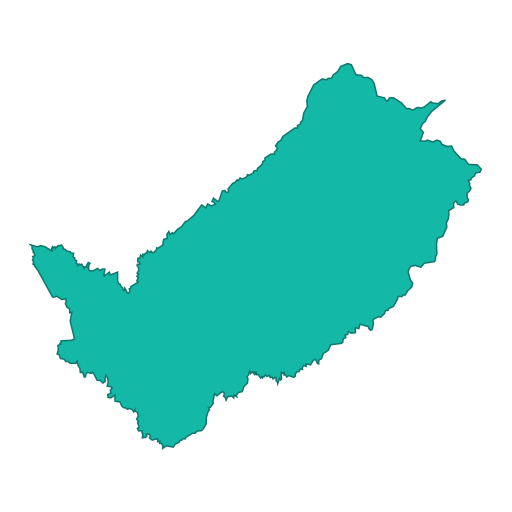 Aracataca, Magdalena, Colombia
{"feature_id": "7082276B34642639591656", "entity_name": "Aracataca", "entity_type": "district", "adm_level": 2, "iso_a3": "COL", "parent_name": "Colombia", "parent_adm1": "Magdalena", "projection": "equal_earth", "projection_center": [-73.935, 10.652], "detail": "fine", "context": "isolated", "style": "filled", "palette": "teal", "viewbox_px": 512, "rotation_deg": 0, "n_neighbors": 0, "source": "geoboundaries", "source_scale": "gbopen_adm2", "svg_char_len": 6013}
<svg xmlns="http://www.w3.org/2000/svg" viewBox="0 0 512 512"><path d="M97.5,268.4L93.0,270.9L89.7,270.7L88.5,269.3L88.8,265.2L90.0,263.4L88.3,262.4L86.5,265.4L86.7,267.1L84.8,266.8L84.1,268.2L81.7,264.1L80.2,264.9L79.3,264.0L77.6,265.5L77.6,264.2L76.4,263.4L76.6,260.7L74.9,260.0L74.7,257.8L73.1,257.0L73.6,253.3L70.8,252.9L70.3,251.7L66.4,250.9L65.5,249.5L63.2,248.8L63.0,247.0L61.5,245.1L57.7,245.8L56.9,247.2L55.7,247.1L55.4,248.5L54.5,247.0L53.4,247.8L52.5,246.7L51.5,248.8L52.4,250.5L52.0,251.1L45.0,246.7L40.6,245.6L37.5,246.8L30.7,244.9L32.2,246.4L32.0,248.6L33.5,251.1L33.0,252.1L34.1,252.8L34.8,255.6L32.7,256.6L33.5,258.1L32.5,259.9L33.5,260.8L33.1,264.3L34.5,264.4L34.4,265.8L37.9,270.4L52.3,296.6L53.1,297.3L57.1,296.3L61.7,299.5L65.9,299.0L66.2,301.7L65.4,303.7L67.0,307.2L69.6,308.9L69.7,312.8L71.8,312.2L70.2,321.2L74.5,338.9L71.4,340.3L61.0,340.8L61.0,343.0L60.0,343.6L60.5,344.3L57.9,345.4L58.3,350.2L57.1,354.0L59.2,354.7L60.4,358.5L64.1,359.2L66.0,361.7L67.8,361.3L69.9,363.2L75.8,363.4L77.1,361.2L78.3,366.0L79.9,368.3L80.4,372.6L82.6,372.2L84.3,377.1L85.5,376.8L86.1,373.7L87.3,372.4L91.6,373.4L93.0,372.3L97.2,380.4L100.1,380.4L103.0,383.1L105.4,381.3L105.0,378.4L106.0,375.0L107.6,378.3L108.2,382.3L107.2,386.1L111.1,386.8L112.1,388.2L110.3,390.0L110.9,393.0L107.7,394.7L108.1,397.6L111.2,397.7L114.8,395.0L115.1,401.3L120.0,401.9L121.8,406.1L123.6,407.7L125.9,408.0L127.5,409.4L129.2,408.4L132.1,409.6L133.7,411.9L135.0,409.6L135.2,411.3L137.4,412.3L138.3,416.0L136.6,419.1L138.4,421.2L137.6,422.8L139.2,427.1L137.4,428.5L138.5,430.9L142.1,430.8L141.9,432.6L143.0,434.4L142.3,437.8L145.6,437.4L146.8,436.3L146.5,434.1L148.9,434.1L150.4,435.7L149.5,438.0L152.2,440.1L157.6,438.7L157.8,441.8L159.9,441.1L159.6,443.4L161.4,443.4L162.8,445.4L162.7,448.4L166.4,445.9L173.3,447.1L175.2,444.2L179.1,442.2L180.3,440.2L181.8,440.2L182.9,438.7L185.0,439.0L186.0,437.3L192.4,433.3L195.1,433.2L197.1,431.1L201.3,430.7L203.0,429.3L206.2,423.9L206.3,417.7L208.0,411.8L209.5,409.9L208.5,407.4L210.2,407.5L213.3,403.3L212.9,401.3L214.6,393.7L216.7,395.8L222.0,391.8L224.1,392.4L224.4,394.0L223.5,396.1L225.1,397.2L226.1,400.1L227.5,396.8L231.8,396.1L233.7,397.9L234.2,394.9L236.8,396.8L236.6,395.0L238.4,392.4L242.3,391.6L244.0,386.4L247.4,383.2L248.0,378.6L246.9,377.0L248.8,374.4L248.7,372.7L249.7,371.1L250.5,373.6L252.3,371.8L254.8,374.7L255.7,374.2L254.6,372.0L256.3,372.2L256.7,374.7L258.0,374.5L260.7,378.1L261.6,376.9L262.6,377.9L262.9,376.6L264.0,376.8L265.3,375.0L266.9,376.5L269.3,375.2L270.1,377.5L271.9,376.9L273.0,379.0L275.4,377.2L276.2,377.8L276.0,380.6L277.3,381.6L277.7,383.7L279.5,378.5L280.7,380.0L281.4,379.0L281.2,372.3L282.6,373.4L284.2,372.4L283.9,374.9L285.8,375.0L286.7,377.0L288.8,375.6L293.8,377.3L295.4,376.1L295.4,373.9L296.9,371.7L299.0,371.6L300.3,369.0L302.5,369.5L302.3,367.7L303.7,365.4L306.1,366.4L306.1,363.7L310.5,364.9L313.2,360.5L315.3,359.2L317.6,363.5L318.7,363.9L318.8,360.2L321.5,358.7L323.3,353.6L328.5,350.1L330.7,344.7L341.3,343.4L342.8,342.2L343.2,338.7L345.8,337.7L345.1,335.0L347.6,334.5L348.6,331.5L351.1,333.2L355.4,332.7L355.3,327.7L358.8,328.6L360.0,324.2L368.5,326.7L369.0,328.8L370.5,330.3L372.2,329.4L373.4,324.0L373.0,320.4L373.9,319.0L378.6,316.6L380.6,317.2L384.4,313.7L385.6,310.6L388.0,310.3L388.9,308.5L393.4,306.4L397.6,298.9L398.0,296.3L402.0,296.6L402.9,295.0L405.0,295.1L408.0,290.4L411.7,287.2L412.7,283.1L410.3,279.7L408.3,272.4L408.7,269.7L410.8,266.2L415.3,265.5L420.9,267.2L424.3,263.2L434.5,261.6L435.5,259.7L435.5,256.7L436.9,254.1L436.5,244.3L437.4,238.3L442.7,236.3L446.8,227.3L446.4,222.8L448.1,219.3L448.9,214.8L448.6,210.8L453.8,207.5L453.5,203.1L455.4,201.1L456.5,201.4L457.6,204.1L460.2,205.0L463.8,204.9L464.4,203.2L467.9,201.7L468.4,199.8L467.3,197.6L466.9,193.2L469.4,191.3L471.0,188.1L469.5,185.8L469.8,183.5L468.4,180.6L470.9,179.7L471.6,177.8L474.3,176.1L475.7,172.9L479.8,172.3L481.3,169.2L477.2,164.8L468.4,164.4L464.7,159.2L461.2,158.9L454.1,151.2L451.6,146.0L447.6,146.4L444.4,145.4L441.8,144.2L440.2,141.2L436.8,140.1L433.0,142.0L427.2,140.1L425.5,141.2L420.3,140.9L423.4,132.4L420.3,128.7L422.5,123.8L425.3,121.3L427.2,117.2L431.7,111.4L445.5,100.1L441.5,101.0L438.1,103.7L432.3,102.9L430.9,101.7L424.3,107.0L421.6,108.0L417.2,107.5L412.7,110.2L409.2,108.5L406.7,108.7L401.3,102.8L393.3,97.7L389.5,97.9L387.6,100.8L386.5,100.9L384.4,97.9L377.1,96.1L374.3,83.9L372.2,80.0L368.0,77.4L363.6,77.7L361.5,75.4L355.9,74.7L351.4,64.7L347.6,63.6L340.7,66.4L337.8,71.4L333.3,74.9L331.4,78.4L328.1,78.3L326.7,79.8L322.2,78.9L313.7,84.9L307.9,96.4L306.8,101.0L307.4,106.3L303.8,113.0L302.4,120.6L300.6,122.1L300.2,124.3L297.5,125.5L297.4,128.2L295.0,127.9L282.9,136.4L280.9,140.3L278.0,142.1L275.5,145.9L277.0,147.5L277.2,149.3L274.6,152.1L274.1,154.0L270.8,154.1L264.9,158.0L265.2,160.0L262.9,161.5L262.3,164.2L257.5,168.4L257.0,170.7L254.0,170.9L253.2,172.8L249.6,175.2L247.4,174.6L247.4,175.9L245.0,178.1L241.0,178.8L240.1,177.9L238.3,180.7L237.2,179.8L234.2,183.2L233.0,183.0L228.1,188.9L228.5,191.6L227.9,192.5L225.7,192.1L224.9,190.5L222.3,191.0L218.8,201.2L217.6,201.4L213.5,198.1L212.0,201.6L213.6,202.0L215.4,204.3L211.2,205.9L207.6,204.0L205.8,207.9L201.7,204.9L193.9,215.3L187.2,221.2L185.3,221.6L181.7,226.5L177.3,229.5L173.6,233.8L172.4,232.7L170.1,234.5L168.9,231.5L166.9,234.4L167.2,238.3L163.6,239.4L162.5,245.5L157.4,248.4L156.8,247.9L156.3,249.9L154.0,252.3L152.3,252.8L151.0,251.1L149.2,252.4L147.5,250.7L146.7,252.9L145.3,253.2L144.7,254.6L142.8,254.2L142.8,256.9L140.6,255.1L139.9,258.1L137.9,258.2L137.6,260.1L137.9,261.9L139.3,262.0L140.0,264.2L137.4,264.3L137.0,265.3L138.8,268.3L138.7,270.6L137.1,273.2L138.7,274.5L136.8,276.2L138.2,277.5L136.8,280.9L138.2,282.1L130.9,286.6L130.4,288.4L129.3,288.7L129.8,291.3L128.5,293.3L127.5,293.1L124.8,288.1L124.5,290.4L123.3,290.4L122.6,287.7L121.4,287.1L120.0,284.1L118.5,283.6L117.6,280.4L117.6,272.1L110.3,275.0L109.3,272.2L104.3,276.0L103.8,275.4L104.9,269.1L102.4,269.1L100.0,270.6L97.5,268.4Z" fill="#14b8a6" stroke="#0f766e" stroke-width="1.5"/></svg>